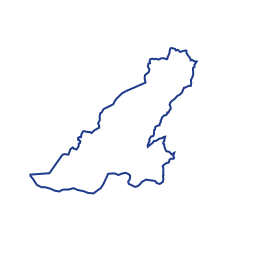 the district of Guayanilla, Puerto Rico, rotated 32°
{"feature_id": "32010507B36616514861103", "entity_name": "Guayanilla", "entity_type": "district", "adm_level": 2, "iso_a3": "PRI", "parent_name": "Puerto Rico", "parent_adm1": "", "projection": "mercator", "projection_center": [-66.788, 18.044], "detail": "fine", "context": "isolated", "style": "outline", "palette": "blue", "viewbox_px": 256, "rotation_deg": 32, "n_neighbors": 0, "source": "geoboundaries", "source_scale": "gbopen_adm2", "svg_char_len": 2762}
<svg xmlns="http://www.w3.org/2000/svg" viewBox="0 0 256 256"><g transform="rotate(32 128 128)"><path d="M69.9,219.3L70.8,220.4L73.8,221.3L74.5,221.5L77.6,223.1L78.1,223.3L80.7,224.5L82.4,224.4L83.7,224.3L85.8,224.1L87.4,223.2L89.0,222.2L94.0,220.7L94.3,220.6L99.4,219.9L102.4,218.6L103.6,218.1L105.0,215.3L105.8,214.6L107.0,213.7L110.3,211.6L111.0,210.8L113.7,207.9L113.8,207.9L118.3,207.2L123.9,205.1L128.7,204.2L133.4,201.7L135.0,197.7L136.6,193.9L136.8,193.4L136.8,188.0L136.8,187.8L136.3,184.2L136.0,181.6L135.5,177.7L135.4,177.4L136.4,176.7L138.7,174.9L140.6,173.8L141.7,173.3L144.7,173.0L145.8,171.6L146.1,171.1L147.5,169.3L149.8,167.3L153.0,166.8L153.4,166.9L153.6,166.9L155.1,167.3L156.5,170.1L156.7,170.5L156.5,173.3L158.2,175.0L165.4,174.1L167.1,172.0L167.5,171.2L168.3,167.6L168.2,166.5L170.7,162.2L177.4,159.3L179.4,158.6L181.5,159.5L184.6,158.6L186.1,155.3L184.9,152.2L183.0,150.2L183.2,149.3L182.0,148.0L179.4,143.5L177.6,142.0L178.2,139.4L179.4,137.2L180.9,135.6L180.0,132.8L180.8,131.2L182.9,129.9L182.8,128.7L181.0,127.4L180.4,124.7L179.0,127.3L175.7,126.3L172.8,127.4L170.7,126.1L168.0,123.8L167.3,122.6L166.1,122.6L165.5,121.1L165.7,119.5L164.9,118.5L164.1,115.7L163.0,116.7L162.3,118.5L160.4,120.2L158.4,124.3L156.9,125.2L156.7,127.9L155.5,130.9L154.8,133.4L153.9,132.5L153.0,127.4L152.1,126.3L152.0,123.0L153.6,121.7L153.5,120.0L151.3,115.9L151.6,114.7L150.6,112.8L151.3,111.1L153.3,108.9L152.6,107.5L152.7,105.5L151.7,104.3L151.9,103.1L151.2,101.0L152.1,98.0L153.5,96.8L153.7,95.1L153.0,94.1L154.1,93.5L153.8,90.9L154.1,89.2L153.2,87.8L150.9,86.1L150.4,83.4L152.3,78.0L152.4,77.2L152.9,74.4L153.5,73.6L154.2,72.3L155.0,69.5L154.1,64.2L155.0,63.6L157.1,60.1L158.9,59.1L158.0,56.7L155.9,53.9L155.7,51.0L154.9,47.9L151.3,42.8L152.1,41.1L150.9,39.3L151.0,35.2L148.8,36.3L146.4,36.3L145.3,37.4L144.6,36.4L139.6,34.2L138.1,33.7L136.5,31.5L136.1,31.5L133.9,33.4L132.1,35.8L131.3,35.8L128.7,35.4L127.6,36.8L126.1,36.0L123.3,36.8L122.0,37.5L121.9,39.1L123.5,42.6L124.2,47.4L124.7,48.2L124.6,49.0L120.9,50.1L118.9,51.7L117.9,53.6L114.3,54.9L113.9,55.7L111.8,56.4L110.5,57.6L110.8,59.8L112.4,61.4L111.2,62.5L112.2,65.3L115.2,67.0L115.9,69.9L114.4,74.2L115.8,77.1L118.8,80.2L112.6,89.3L112.0,90.2L107.7,96.4L106.2,98.7L105.6,100.2L104.8,100.9L102.9,108.5L102.5,112.1L102.9,115.5L102.2,116.9L97.6,124.4L97.2,125.6L97.5,128.6L96.7,130.0L97.9,133.4L99.6,135.6L100.1,136.9L100.1,139.8L102.3,141.4L103.4,143.0L100.8,147.5L99.8,151.6L97.8,151.5L97.1,152.3L92.1,154.1L91.6,154.9L91.9,158.2L93.0,160.7L91.6,161.4L90.9,163.0L92.3,164.6L93.1,164.0L94.8,164.7L95.2,166.4L94.5,167.3L95.8,169.7L95.7,173.5L93.2,174.2L91.5,173.8L90.4,176.2L91.6,182.1L88.2,183.7L86.7,185.2L86.5,187.2L85.3,208.0L69.9,219.3Z" fill="none" stroke="#1e3a8a" stroke-width="2"/></g></svg>